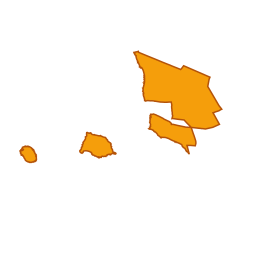 Aiga i le Tai, A'ana, Samoa, rotated 312°
{"feature_id": "51752279B95310114006848", "entity_name": "Aiga i le Tai", "entity_type": "district", "adm_level": 2, "iso_a3": "WSM", "parent_name": "Samoa", "parent_adm1": "A'ana", "projection": "equal_earth", "projection_center": [-172.087, -13.857], "detail": "fine", "context": "isolated", "style": "filled", "palette": "amber", "viewbox_px": 256, "rotation_deg": 312, "n_neighbors": 0, "source": "geoboundaries", "source_scale": "gbopen_adm2", "svg_char_len": 5807}
<svg xmlns="http://www.w3.org/2000/svg" viewBox="0 0 256 256"><g transform="rotate(312 128 128)"><path d="M170.7,174.5L175.5,181.2L176.5,182.5L176.8,183.1L177.6,184.0L179.1,186.2L185.3,190.6L191.9,193.5L196.2,181.0L197.0,181.5L198.7,182.3L200.5,183.4L201.8,184.1L203.6,184.6L204.7,185.1L205.5,180.6L212.2,159.5L218.4,155.7L220.6,154.9L211.5,127.7L208.3,128.0L206.7,128.0L206.5,127.3L203.1,118.1L203.1,117.9L202.0,115.0L200.1,109.9L197.9,103.6L194.5,94.2L191.3,85.2L191.9,84.4L190.4,83.5L190.0,83.1L189.0,82.5L188.1,81.8L187.8,82.4L188.3,82.6L188.2,83.0L187.8,83.0L187.5,83.2L187.0,84.6L187.2,85.3L187.1,85.8L186.5,86.0L185.7,87.3L185.2,88.0L184.6,89.3L184.4,90.0L183.9,90.4L184.0,90.9L183.0,91.5L183.4,92.0L182.5,94.0L181.9,95.2L181.5,95.3L181.1,95.7L181.6,96.0L181.6,96.7L181.1,97.1L181.2,97.5L181.9,97.6L181.9,98.2L181.3,100.0L180.7,101.2L178.5,104.5L178.1,104.9L177.8,104.7L177.5,105.0L177.7,105.4L177.0,106.1L176.7,105.8L176.3,106.0L176.4,106.3L175.8,106.8L175.8,107.3L175.3,107.6L175.0,107.5L175.0,107.9L174.0,108.8L174.0,108.6L173.5,108.7L173.6,109.2L172.4,110.0L171.9,109.5L171.6,110.5L167.9,112.5L167.5,112.3L167.4,112.9L166.9,113.4L166.5,113.5L165.8,114.3L165.2,114.3L164.9,115.1L164.8,115.6L164.3,116.4L163.6,116.8L163.4,116.6L163.1,117.1L162.4,117.8L162.1,118.3L161.1,120.2L160.6,120.6L160.3,121.4L159.5,122.0L159.8,122.6L159.7,122.9L161.5,124.2L163.4,126.7L164.3,127.6L165.4,129.1L165.8,130.0L166.2,130.4L168.9,134.6L170.8,136.9L171.7,138.1L173.3,139.8L174.9,141.3L176.2,142.8L174.3,145.3L173.2,146.0L172.0,147.2L171.4,148.0L170.4,148.9L169.9,149.5L169.1,150.6L167.9,151.6L167.0,153.0L164.4,154.4L164.9,154.8L165.1,155.1L167.7,159.0L171.5,164.3L171.1,168.5L170.9,172.8L170.7,174.5ZM153.4,135.7L152.6,136.5L152.4,136.0L152.2,136.0L152.0,136.6L151.6,136.5L151.4,136.8L151.8,137.4L151.5,137.7L151.2,137.0L150.7,137.2L150.9,137.6L150.5,137.9L149.9,137.9L149.6,138.1L149.6,138.6L149.0,138.8L148.4,139.2L147.3,140.3L146.8,140.2L145.9,142.2L145.4,142.7L144.8,142.9L144.5,143.4L144.4,143.3L143.7,143.8L143.4,143.7L143.1,143.9L142.9,143.7L142.5,144.4L141.9,144.3L141.4,144.0L141.4,144.6L141.8,145.0L142.3,145.9L142.9,147.0L142.9,147.7L143.2,148.2L143.2,148.6L142.9,149.3L143.0,149.6L142.9,150.3L143.4,151.1L143.3,152.0L143.1,153.9L142.6,155.0L142.7,156.0L142.9,156.8L142.9,157.8L142.7,158.5L142.8,159.2L143.6,159.1L144.3,160.1L145.5,161.5L146.2,162.5L147.1,164.6L147.5,165.7L147.8,167.1L148.5,169.5L149.3,171.7L149.1,171.9L149.0,172.5L149.6,172.5L150.0,173.5L150.0,173.8L149.9,174.0L150.2,174.3L150.8,176.0L151.4,178.2L151.5,179.1L151.4,179.6L150.8,180.4L150.8,181.3L150.5,182.0L150.6,182.5L150.9,183.7L150.9,184.1L150.5,184.9L150.2,185.7L150.1,186.6L149.9,186.7L149.7,187.2L150.1,188.1L150.0,189.1L149.7,189.8L149.6,190.2L149.9,190.5L150.5,189.6L154.5,183.5L156.9,186.1L159.8,189.9L161.9,188.8L163.0,187.8L163.8,186.8L166.2,182.7L167.7,179.9L169.3,177.1L170.7,174.5L167.3,170.4L166.6,169.1L162.9,162.8L160.8,158.9L159.7,157.9L160.4,157.1L160.5,154.7L159.5,151.5L158.7,148.8L158.6,147.6L157.4,143.1L156.6,140.8L156.5,140.1L155.4,137.5L154.6,137.1L153.4,135.7ZM96.9,100.4L96.4,100.8L95.7,101.2L95.3,101.9L94.4,102.6L93.3,102.5L92.9,102.3L92.1,103.2L91.5,103.6L91.1,103.8L89.9,103.9L89.4,104.1L87.2,104.2L86.8,104.6L86.8,104.9L86.4,105.1L84.9,105.4L84.7,105.3L84.6,105.8L84.0,106.3L83.3,106.5L82.9,106.3L82.5,106.3L82.0,106.8L80.5,107.6L80.1,107.4L78.9,107.4L78.3,108.0L78.0,108.9L78.1,109.8L78.5,110.7L78.8,110.6L79.7,111.0L80.2,110.8L80.5,110.5L81.2,110.5L82.0,111.1L82.9,111.9L83.8,113.2L84.6,114.8L85.2,116.8L85.0,117.1L85.1,117.7L84.8,118.0L84.7,118.6L84.3,118.8L84.3,119.9L84.9,120.6L84.9,121.9L85.4,122.5L86.1,125.0L86.6,125.1L86.8,125.7L86.7,126.1L86.3,126.2L86.4,126.5L86.9,126.6L87.2,126.3L87.4,126.8L87.7,126.8L87.9,127.3L88.3,127.4L88.4,127.7L88.9,127.4L89.4,127.5L90.1,128.1L90.2,128.6L90.5,129.0L91.6,129.8L92.0,130.5L92.2,130.4L92.8,130.5L93.1,130.8L93.7,130.5L94.1,130.8L94.3,130.6L95.3,131.1L95.9,131.8L96.3,132.0L96.1,132.7L96.5,133.0L97.0,132.8L98.0,133.3L98.5,133.2L99.3,133.9L99.6,134.6L99.4,135.1L99.8,135.2L100.3,136.2L100.6,136.2L101.1,136.0L101.0,134.9L100.8,134.3L100.3,133.9L100.2,132.8L100.6,132.2L100.6,131.9L101.1,131.5L101.3,131.0L101.7,130.7L101.8,129.5L102.5,128.5L103.2,128.2L103.1,127.8L103.4,127.2L103.8,126.9L104.1,126.3L104.5,126.0L104.8,126.1L105.1,125.2L105.1,124.9L104.8,123.7L104.9,123.1L104.7,122.2L105.0,121.1L105.3,120.9L105.3,120.3L105.4,120.2L105.4,119.2L105.5,119.1L105.6,118.4L105.9,117.8L105.7,117.2L105.3,116.8L105.2,116.4L104.9,116.0L104.6,115.2L104.5,114.6L103.9,113.6L104.1,112.9L104.0,112.6L103.2,112.2L102.7,111.6L101.1,108.7L100.8,108.4L100.7,107.7L100.4,107.7L100.1,107.2L99.1,105.4L99.5,103.6L99.2,103.2L98.7,103.3L98.3,102.9L98.2,102.4L98.0,102.2L97.8,102.1L97.5,100.9L97.3,100.9L96.9,100.4ZM44.6,63.4L43.8,62.8L43.3,62.7L43.0,62.5L42.3,62.9L41.6,63.0L42.1,63.9L41.9,64.7L41.1,64.7L40.1,64.3L40.3,63.2L40.1,63.0L39.5,63.1L38.6,63.1L38.5,63.7L38.3,64.3L37.8,65.0L37.5,64.9L37.5,65.4L37.2,65.6L37.1,66.0L36.4,66.8L36.7,67.3L37.3,67.3L37.3,67.6L37.2,68.3L36.8,68.9L37.0,69.2L36.8,69.8L36.2,71.0L35.9,72.5L35.5,73.0L35.4,74.0L35.6,75.3L35.8,75.7L35.8,76.0L36.0,76.7L36.5,76.9L36.6,77.9L37.1,78.1L37.3,78.8L37.6,79.1L38.4,79.4L38.7,79.8L39.1,79.9L39.2,80.3L39.7,80.7L40.2,80.5L40.7,81.1L41.0,80.8L41.4,80.9L41.6,81.4L41.9,81.3L42.2,81.5L42.3,81.1L42.8,81.0L43.2,81.1L43.3,80.8L44.1,80.3L45.1,79.2L45.2,78.7L45.6,78.7L45.6,78.2L46.0,78.1L46.2,77.5L46.6,77.7L46.8,77.0L46.8,75.8L47.1,75.6L47.4,74.8L47.7,74.5L47.5,73.9L47.9,73.6L48.3,73.2L48.0,72.5L48.5,72.4L48.3,71.8L48.6,71.7L48.5,71.1L48.3,71.0L48.6,70.5L48.4,70.1L48.6,69.6L48.5,68.9L48.3,68.3L48.3,67.8L47.8,66.4L47.4,66.4L47.4,65.8L47.0,65.7L47.0,65.4L46.1,64.9L45.9,64.7L46.1,64.1L45.8,63.9L45.5,64.0L45.3,63.6L45.0,63.7L44.6,63.4Z" fill="#f59e0b" stroke="#b45309" stroke-width="1.5"/></g></svg>